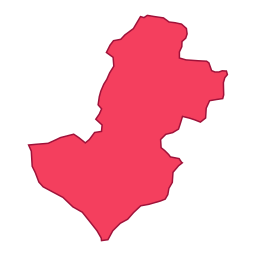 Falkenberg, Halland, Sweden
{"feature_id": "70781695B60260564619256", "entity_name": "Falkenberg", "entity_type": "district", "adm_level": 2, "iso_a3": "SWE", "parent_name": "Sweden", "parent_adm1": "Halland", "projection": "albers", "projection_center": [12.796, 57.048], "detail": "fine", "context": "isolated", "style": "filled", "palette": "rose", "viewbox_px": 256, "rotation_deg": 0, "n_neighbors": 0, "source": "geoboundaries", "source_scale": "gbopen_adm2", "svg_char_len": 1368}
<svg xmlns="http://www.w3.org/2000/svg" viewBox="0 0 256 256"><path d="M28.6,145.0L31.3,151.1L32.2,166.3L35.3,172.6L38.9,182.1L43.1,186.8L53.0,192.1L63.0,197.4L72.9,206.9L82.3,212.2L90.7,222.7L97.0,230.7L101.2,238.0L101.5,240.6L107.9,239.7L112.8,230.7L120.2,223.3L127.7,219.2L133.6,212.5L140.7,205.8L148.9,204.3L160.4,201.0L165.2,199.1L167.8,194.6L168.9,188.3L172.3,182.4L173.0,172.3L178.6,165.7L182.3,162.8L181.4,162.1L179.1,158.6L170.4,156.9L168.7,154.6L164.6,150.5L161.1,147.7L160.6,139.5L165.8,134.3L172.7,132.6L178.5,129.1L180.2,123.9L182.5,116.4L189.4,118.1L194.6,119.8L200.4,122.1L205.6,118.0L206.2,108.2L209.6,100.7L216.5,99.5L222.7,98.6L223.7,94.9L223.5,87.8L223.4,82.6L224.8,77.7L227.4,74.6L226.4,71.0L225.6,71.0L222.2,70.8L218.9,72.0L214.9,72.0L211.6,70.6L208.9,62.9L206.6,61.2L198.8,60.8L186.0,59.9L179.4,58.0L179.4,51.9L181.8,46.7L182.0,41.5L185.7,38.2L187.1,33.9L186.4,28.5L181.5,24.1L174.9,22.7L169.0,22.0L163.5,17.9L154.0,16.5L147.5,15.4L147.3,15.4L144.0,17.6L140.5,16.6L133.4,28.6L124.9,34.9L120.8,39.3L113.5,40.7L110.1,45.1L106.4,52.5L113.1,57.3L113.8,66.2L109.7,72.8L106.8,79.4L103.8,84.2L100.8,91.2L99.3,96.7L98.1,104.8L101.6,108.9L99.3,114.1L95.8,119.2L102.1,125.0L101.5,131.4L94.6,132.5L89.4,139.5L85.3,142.9L78.9,137.7L73.7,134.2L60.4,137.6L56.9,139.3L48.2,143.3L34.9,144.4L28.6,145.0Z" fill="#f43f5e" stroke="#9f1239" stroke-width="1.5"/></svg>